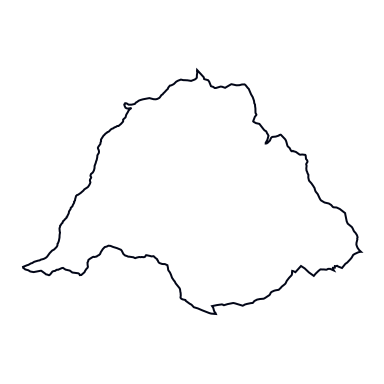 outline of Ciocanesti, Suceava, Romania
{"feature_id": "2599482B33637098668000", "entity_name": "Ciocanesti", "entity_type": "district", "adm_level": 2, "iso_a3": "ROU", "parent_name": "Romania", "parent_adm1": "Suceava", "projection": "albers", "projection_center": [25.216, 47.495], "detail": "fine", "context": "isolated", "style": "outline", "palette": "ink", "viewbox_px": 384, "rotation_deg": 0, "n_neighbors": 0, "source": "geoboundaries", "source_scale": "gbopen_adm2", "svg_char_len": 5929}
<svg xmlns="http://www.w3.org/2000/svg" viewBox="0 0 384 384"><path d="M193.8,307.2L197.8,308.4L202.2,310.3L209.4,313.1L211.2,313.6L215.9,314.0L215.4,312.8L214.5,311.9L213.9,310.3L213.2,307.7L212.1,306.1L216.9,305.1L221.8,304.4L222.8,304.6L223.4,305.1L224.0,305.2L227.6,304.1L233.2,303.0L234.8,303.3L242.7,305.7L243.6,305.3L244.7,304.6L246.7,304.0L251.0,303.1L252.4,303.0L252.9,302.8L254.4,301.0L257.1,299.6L260.1,299.0L263.7,298.7L265.0,298.0L269.4,295.1L270.0,294.3L270.6,293.0L271.1,292.3L271.8,291.8L274.2,290.7L275.7,290.3L278.7,289.8L280.9,287.7L281.7,286.7L284.7,284.3L285.5,283.5L286.8,280.8L289.2,277.7L291.6,275.2L292.1,273.6L292.0,272.5L292.2,270.9L293.4,271.2L295.4,272.2L301.0,266.0L304.7,268.4L308.9,272.4L313.8,275.9L315.6,273.7L318.6,270.8L320.4,269.4L324.2,269.5L326.1,269.7L326.7,269.6L328.1,268.9L330.2,268.9L333.9,270.5L332.8,268.6L332.9,267.8L334.8,267.7L334.9,266.1L335.9,266.2L337.1,265.8L338.3,266.6L342.0,268.0L345.4,263.8L347.2,262.6L350.3,259.3L351.7,257.6L353.2,254.9L354.8,253.9L358.3,252.3L360.3,251.8L361.0,251.8L359.1,250.0L357.5,247.7L356.9,246.2L356.4,244.7L356.5,242.8L357.4,239.2L357.2,238.6L357.2,238.3L357.6,237.3L357.1,235.6L356.8,234.9L355.3,232.6L354.5,231.9L353.6,230.6L353.2,229.5L352.5,228.1L351.8,227.0L347.7,223.6L346.7,221.3L345.3,214.4L345.1,213.1L339.8,209.0L336.6,207.5L333.6,207.3L332.8,206.9L331.2,205.0L328.8,203.5L324.5,202.5L321.0,200.4L320.4,199.6L319.8,198.6L317.7,194.1L315.6,191.5L314.9,189.6L314.6,188.2L313.2,185.9L311.4,183.3L309.3,181.0L308.9,180.2L308.3,177.6L308.4,174.8L307.6,173.4L307.0,171.5L306.5,170.6L306.3,168.3L306.6,165.8L306.2,164.5L306.3,163.8L307.5,161.8L307.4,161.1L307.2,160.4L306.0,158.9L305.7,155.7L305.3,154.9L302.3,154.5L300.2,154.7L299.5,154.5L296.0,152.0L294.2,151.4L293.8,151.4L292.9,150.9L292.0,151.3L291.6,151.2L290.9,150.5L289.6,148.0L287.8,146.4L287.4,145.7L286.4,142.0L285.9,140.5L285.1,139.2L280.9,134.8L280.6,134.7L279.4,135.0L278.8,135.6L275.7,136.6L272.4,136.9L271.8,137.2L271.1,137.9L270.7,138.6L269.9,140.6L268.6,141.7L268.4,142.2L266.7,143.4L265.7,143.5L265.7,142.8L267.4,139.8L268.5,135.7L267.4,133.7L267.1,133.4L266.5,131.9L265.9,131.1L264.7,130.5L263.9,129.7L259.4,123.9L255.9,123.1L253.6,121.8L253.2,121.4L253.3,120.9L254.9,116.7L256.2,115.2L256.4,114.8L256.3,114.4L255.5,112.9L255.4,108.3L255.1,106.4L255.0,104.6L254.3,103.2L254.0,100.8L252.7,97.1L251.1,94.4L248.7,88.8L247.8,88.0L245.6,85.2L244.6,84.4L241.9,84.5L239.3,85.2L236.4,85.3L231.5,84.2L230.9,84.4L225.1,87.8L221.9,86.7L220.5,86.6L215.9,88.0L214.7,88.0L213.2,86.9L211.0,86.2L209.2,81.7L208.1,80.2L204.2,79.1L203.7,77.2L197.1,70.0L197.0,71.1L197.3,72.7L196.9,74.9L196.8,77.7L195.9,78.7L194.8,79.5L191.1,80.9L187.4,80.3L183.1,80.1L180.9,79.6L178.0,80.7L176.2,81.7L174.1,83.8L173.4,84.3L171.6,85.2L170.7,85.5L170.1,85.5L169.8,85.7L168.2,87.7L167.9,88.8L166.6,90.0L164.4,92.4L163.4,93.3L162.6,94.4L161.5,95.0L159.9,97.3L159.3,97.9L157.4,98.9L155.8,99.3L153.6,99.2L149.4,98.1L143.0,99.3L140.5,100.0L138.9,100.6L136.8,102.1L135.7,102.7L135.2,103.6L134.5,104.0L131.4,104.7L128.7,104.7L126.6,103.4L125.2,103.2L125.1,103.4L125.1,103.9L124.3,104.4L124.5,105.6L125.5,107.7L126.6,108.3L127.9,108.6L131.5,108.0L129.7,109.3L128.5,110.7L127.9,112.0L126.3,114.6L125.5,117.4L123.5,119.2L123.1,119.7L123.2,121.1L122.9,121.8L121.0,123.9L118.5,126.0L117.3,126.0L115.7,127.0L114.4,127.4L113.3,128.3L112.3,128.6L110.9,129.4L109.0,131.4L108.4,131.8L107.4,132.1L106.8,132.8L105.5,133.6L104.2,135.1L103.6,135.5L101.1,139.4L100.9,140.1L101.1,141.0L101.0,141.5L100.5,142.5L100.4,143.9L98.4,146.7L97.9,147.8L98.0,148.6L98.6,149.8L98.9,150.9L99.0,151.9L98.9,152.4L98.8,153.0L97.6,154.9L97.3,155.8L97.3,157.0L96.7,159.9L96.1,161.4L95.7,163.0L94.6,165.9L94.5,168.2L93.9,170.5L92.8,172.5L91.0,174.0L90.5,175.4L90.5,176.0L91.1,177.1L91.2,177.5L90.9,178.2L90.1,179.4L89.9,180.3L90.0,181.0L90.4,182.3L90.0,183.6L89.1,185.3L88.1,186.8L87.4,187.4L84.3,189.4L83.4,190.6L81.3,192.4L80.9,192.8L78.2,194.7L77.1,195.0L76.0,196.1L75.6,197.7L75.2,198.9L75.0,200.5L74.3,201.4L74.0,201.9L74.2,202.6L72.8,205.1L72.4,206.3L70.8,207.8L70.6,209.0L69.3,211.0L69.0,211.6L68.7,213.4L67.3,216.1L67.2,216.7L66.6,217.1L66.5,217.8L64.7,219.5L64.2,220.3L63.2,221.0L63.0,221.7L62.6,222.2L62.4,223.0L61.7,223.5L61.3,224.1L61.1,224.6L60.1,225.7L60.1,226.6L59.6,228.0L59.5,228.5L59.7,231.3L60.0,232.5L59.6,235.0L59.5,237.6L58.8,241.1L58.0,243.2L57.5,243.8L57.5,245.0L57.1,246.2L56.4,247.2L54.1,249.5L52.1,250.6L49.7,253.1L47.1,256.7L45.7,257.9L43.7,258.9L40.7,259.7L39.6,260.4L38.2,260.6L34.2,261.8L32.1,263.1L30.9,263.4L28.5,264.8L26.9,265.3L23.0,266.9L23.2,267.9L23.9,268.3L25.2,269.4L28.4,270.3L29.9,271.3L30.8,271.6L33.7,272.1L40.4,270.8L41.3,270.8L44.9,273.4L46.1,274.4L47.3,274.6L48.9,275.2L49.4,275.1L50.4,274.2L52.4,271.6L53.3,271.2L55.3,270.8L56.4,269.9L57.1,269.7L58.0,269.8L61.8,268.1L63.0,267.9L65.5,269.6L69.8,270.6L72.3,272.5L78.3,273.3L79.1,273.8L79.6,274.4L79.8,275.1L81.3,275.0L84.5,272.2L85.2,270.7L86.5,268.8L87.2,268.2L87.7,267.5L87.9,266.7L87.6,264.9L87.5,262.5L88.1,261.5L88.3,260.2L88.7,259.7L89.9,258.8L92.6,257.1L93.5,256.8L94.3,257.0L96.7,256.5L97.3,255.9L98.9,255.1L100.1,254.0L100.8,252.2L102.8,249.1L104.7,247.1L106.9,246.5L108.4,245.7L110.5,245.9L113.2,247.0L116.9,248.1L121.0,249.8L121.8,250.8L123.4,254.0L125.1,255.5L126.8,256.0L128.3,256.7L129.4,256.7L133.5,257.3L134.7,258.0L135.6,258.1L136.3,257.7L139.2,257.0L140.6,257.2L141.6,257.0L143.9,257.2L145.2,256.6L145.9,255.3L146.5,255.2L150.2,256.0L151.4,256.4L153.6,256.2L155.5,258.0L157.1,259.2L157.2,259.9L157.8,260.4L158.2,261.6L158.8,262.5L159.6,263.1L162.2,264.0L164.9,264.1L167.4,265.2L168.0,268.1L168.1,269.3L168.4,270.4L169.9,272.4L171.0,274.8L172.0,277.7L174.0,280.7L174.7,281.4L175.7,283.4L179.5,288.1L180.0,289.2L180.4,292.2L180.7,293.1L180.6,294.1L180.8,295.0L180.5,297.7L181.4,298.8L182.7,299.4L185.4,300.0L185.7,300.8L186.1,301.1L189.8,303.8L190.7,304.2L191.8,305.0L193.8,307.2Z" fill="none" stroke="#020617" stroke-width="2"/></svg>